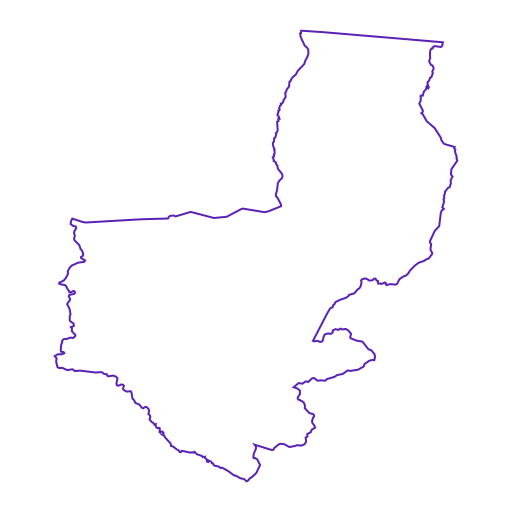 the district of Alta Floresta, Mato Grosso, Brazil
{"feature_id": "56859067B61506313751079", "entity_name": "Alta Floresta", "entity_type": "district", "adm_level": 2, "iso_a3": "BRA", "parent_name": "Brazil", "parent_adm1": "Mato Grosso", "projection": "albers", "projection_center": [-56.382, -10.043], "detail": "fine", "context": "isolated", "style": "outline", "palette": "violet", "viewbox_px": 512, "rotation_deg": 0, "n_neighbors": 0, "source": "geoboundaries", "source_scale": "gbopen_adm2", "svg_char_len": 5980}
<svg xmlns="http://www.w3.org/2000/svg" viewBox="0 0 512 512"><path d="M301.2,30.7L301.0,33.2L300.1,33.5L300.8,37.3L304.6,45.5L307.0,47.6L308.3,49.7L308.4,53.7L307.2,57.3L305.5,60.2L304.2,64.1L297.8,70.8L295.8,74.6L292.7,77.2L291.0,79.6L290.6,81.1L289.5,81.6L289.0,86.7L286.7,89.4L286.2,91.7L285.2,92.8L285.7,96.9L283.5,100.3L283.1,102.2L282.1,103.4L280.8,103.6L281.1,104.9L279.9,105.8L279.1,108.5L279.7,109.5L279.2,110.5L278.3,110.8L278.5,111.9L277.4,114.9L279.0,117.0L279.5,118.8L278.3,118.8L278.5,121.0L277.1,121.7L277.7,130.4L276.9,132.2L275.8,133.2L276.3,134.2L275.2,137.7L274.1,138.3L274.0,141.5L273.0,142.6L272.8,144.1L273.5,147.2L274.6,148.9L274.1,150.0L274.6,150.9L274.6,153.7L273.8,154.6L274.1,156.4L272.7,157.3L273.8,159.8L273.6,160.9L275.8,162.3L276.1,164.0L277.4,165.7L277.7,168.0L278.3,169.3L282.2,174.1L282.5,176.5L282.0,178.1L279.5,180.5L277.9,182.9L277.1,189.9L275.8,194.6L276.0,196.2L277.4,197.6L280.9,204.3L281.1,206.2L268.5,211.3L264.6,212.2L242.9,208.6L241.4,209.0L226.6,216.8L214.0,218.0L190.7,211.9L175.6,216.4L173.4,215.5L170.2,215.9L169.1,216.6L168.0,218.5L140.8,219.3L85.8,222.5L82.7,222.0L72.3,218.6L71.0,221.4L70.6,224.0L73.3,226.0L75.8,226.5L76.1,227.7L75.9,228.9L74.3,231.3L74.0,233.1L74.9,235.5L74.0,238.7L74.5,240.3L79.3,245.1L80.6,249.1L81.7,250.2L83.0,253.0L83.2,254.8L82.7,255.9L81.0,257.0L81.2,258.2L85.1,260.4L84.3,261.8L78.0,262.7L71.5,265.7L69.4,268.1L67.7,271.5L68.0,273.3L67.5,275.0L65.4,278.6L63.6,280.6L59.4,282.6L59.1,283.6L60.0,284.1L65.2,285.2L66.0,286.0L67.8,289.5L69.0,290.8L69.3,292.2L70.5,292.4L73.6,290.9L74.8,291.7L74.9,293.1L73.9,293.9L69.3,295.0L68.8,296.1L70.1,299.2L69.8,300.4L67.6,303.0L67.2,304.4L69.5,308.6L70.2,312.4L70.5,314.2L69.8,316.2L69.7,319.6L70.2,321.2L73.5,323.5L73.9,324.8L73.7,326.1L70.9,327.1L71.9,328.3L71.9,331.3L75.4,335.0L75.2,336.1L73.1,338.0L70.1,337.6L67.2,338.9L64.2,339.0L62.9,339.8L62.0,341.2L62.2,342.3L61.2,344.7L60.7,350.0L61.0,351.7L63.6,352.1L64.3,353.2L61.4,354.4L57.9,354.2L54.7,356.2L56.6,358.3L56.1,361.6L57.5,367.2L59.1,368.0L62.4,367.9L67.3,370.1L72.2,369.3L73.4,369.7L74.4,370.9L76.0,371.0L80.0,370.6L95.5,372.5L101.2,372.1L102.6,372.6L103.5,373.7L106.8,374.3L107.1,375.5L108.3,376.3L113.1,375.6L116.0,376.6L117.5,378.4L116.4,383.8L116.9,385.2L118.0,385.8L121.3,384.5L123.2,384.8L123.9,386.0L122.9,388.7L123.9,390.1L126.7,391.6L130.6,391.2L131.5,392.5L132.5,398.6L134.3,400.5L135.2,402.8L139.3,404.6L142.0,407.8L143.2,408.3L145.2,407.0L146.4,406.9L148.5,408.9L149.1,411.0L148.4,414.0L149.8,415.2L150.2,416.3L150.3,417.7L149.5,419.0L150.2,420.3L152.0,422.3L153.6,423.1L154.4,424.6L155.8,424.2L155.6,425.8L156.4,427.5L157.8,428.1L159.5,427.9L159.8,428.9L159.5,432.1L160.3,432.7L161.0,431.5L162.0,431.5L163.4,432.5L163.5,433.8L162.1,434.5L164.2,435.7L165.4,437.8L170.7,443.6L171.0,446.0L173.2,446.6L176.7,449.4L178.5,450.2L179.6,452.0L180.8,452.1L181.8,450.8L190.7,452.7L192.0,452.2L193.5,452.7L194.4,451.8L196.8,454.2L202.0,456.0L202.9,457.2L204.9,456.7L205.0,457.9L207.3,459.9L206.8,461.5L208.2,462.0L208.6,460.5L211.2,461.7L211.8,463.1L213.1,463.5L213.6,464.8L214.6,465.7L218.9,466.6L220.6,468.0L222.2,467.7L228.4,471.2L234.1,475.5L235.5,475.5L240.4,478.3L244.0,479.0L246.6,481.3L248.0,480.6L249.8,478.4L252.5,476.6L256.3,473.0L260.1,465.0L257.2,459.3L254.9,458.0L253.7,458.1L253.3,456.8L253.9,453.4L256.0,448.6L255.9,446.4L254.6,444.7L272.1,450.1L273.6,449.6L274.4,447.8L279.2,444.1L280.4,443.8L284.3,444.2L289.3,447.0L295.0,446.0L297.1,445.2L301.1,445.6L304.5,444.3L305.9,442.1L306.1,440.5L305.6,437.6L307.4,436.5L307.3,434.0L310.8,432.2L311.6,429.8L315.1,427.7L314.4,425.6L312.3,422.8L312.0,421.3L313.0,417.7L314.0,416.7L314.0,415.2L312.9,414.0L309.5,413.2L304.8,408.2L304.9,405.2L303.8,402.7L301.7,400.9L300.6,400.8L299.8,399.8L298.3,399.6L297.7,398.7L297.8,397.1L300.0,394.1L299.9,390.6L297.6,388.6L293.7,387.2L298.6,383.1L302.5,383.7L305.1,381.7L306.2,381.4L308.2,382.0L312.3,378.2L314.2,378.1L317.6,380.7L321.3,380.3L324.5,380.7L325.8,380.4L326.6,379.2L334.6,376.8L337.0,375.1L342.6,374.0L347.6,370.5L350.5,370.9L358.0,369.7L363.7,366.5L364.6,363.9L369.4,360.7L372.5,359.9L374.3,360.2L375.0,357.1L374.6,354.3L371.4,350.4L368.4,349.2L362.5,341.7L356.2,340.5L350.5,338.2L350.2,337.0L351.1,333.8L348.1,330.3L345.7,328.9L342.2,329.5L340.8,328.6L339.7,328.9L338.9,329.8L337.8,329.8L335.6,329.1L332.8,330.5L332.8,332.3L331.5,333.5L330.1,333.9L328.2,333.4L324.8,334.4L323.7,336.5L322.9,340.2L322.0,341.5L321.0,341.9L319.9,341.9L317.6,340.9L314.2,341.3L313.0,340.9L327.0,313.7L329.9,308.8L331.0,307.8L332.7,307.2L333.2,305.1L334.4,304.2L335.6,302.0L340.6,299.6L346.0,297.8L348.4,296.1L349.1,294.8L354.3,293.4L357.3,289.7L359.5,288.2L360.6,286.3L361.5,282.8L361.1,280.4L361.8,279.5L365.0,278.4L367.8,279.4L368.5,280.2L369.7,280.6L372.6,280.2L374.2,278.6L375.4,278.6L376.7,280.6L377.9,280.9L378.2,283.6L380.1,283.5L381.4,284.0L384.9,282.5L385.9,283.1L385.8,284.5L387.0,285.1L389.8,284.1L395.7,284.6L397.2,283.7L399.4,279.2L403.7,276.3L405.9,275.6L408.0,273.7L410.0,270.6L414.6,265.8L418.5,262.8L424.3,260.8L426.5,259.2L428.6,258.6L432.2,253.9L432.2,252.8L430.7,250.4L430.5,248.7L431.2,244.3L430.0,242.4L430.0,241.1L434.8,230.8L439.2,226.1L440.8,213.0L441.7,210.5L443.9,208.9L442.3,207.3L444.1,201.7L443.5,199.4L444.2,198.6L444.1,195.3L444.8,194.2L445.0,191.8L447.7,188.1L449.7,187.1L450.9,183.2L450.6,180.1L452.6,176.6L450.9,174.3L451.5,169.0L457.3,160.7L456.4,158.0L456.8,157.1L454.9,151.4L455.4,149.6L454.2,148.5L454.7,147.0L444.7,144.1L443.4,143.2L441.5,140.4L440.7,137.5L434.7,128.1L426.8,121.3L422.8,114.4L421.4,113.1L422.5,112.3L422.9,110.7L419.3,103.6L420.6,101.0L420.9,97.4L420.4,96.2L421.4,95.4L422.8,95.6L423.9,91.5L426.0,89.4L426.6,86.6L428.3,88.4L428.8,87.4L427.4,83.3L427.7,82.0L429.1,80.7L430.0,77.9L431.5,77.0L432.8,73.0L432.3,71.6L433.7,68.5L433.2,67.0L432.5,65.5L430.9,64.8L429.1,61.3L430.2,58.0L429.9,54.1L430.3,50.3L431.3,48.8L432.6,48.5L432.5,47.5L434.7,46.1L441.0,47.0L442.2,45.7L442.9,42.3L322.4,32.1L301.2,30.7Z" fill="none" stroke="#5b21b6" stroke-width="2"/></svg>